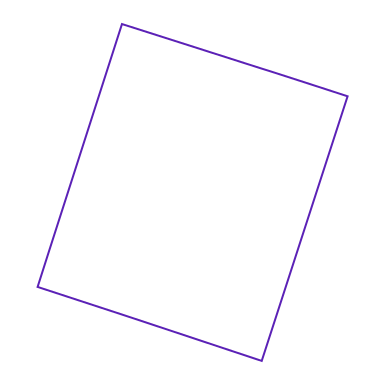 Sherman, Kansas, United States of America (Mercator projection), rotated 108°
{"feature_id": "52423323B41294654491036", "entity_name": "Sherman", "entity_type": "district", "adm_level": 2, "iso_a3": "USA", "parent_name": "United States of America", "parent_adm1": "Kansas", "projection": "mercator", "projection_center": [-101.862, 39.351], "detail": "fine", "context": "isolated", "style": "outline", "palette": "violet", "viewbox_px": 384, "rotation_deg": 108, "n_neighbors": 0, "source": "geoboundaries", "source_scale": "gbopen_adm2", "svg_char_len": 352}
<svg xmlns="http://www.w3.org/2000/svg" viewBox="0 0 384 384"><g transform="rotate(108 192 192)"><path d="M52.9,73.6L52.9,89.5L52.9,90.8L52.9,107.4L53.0,152.6L53.0,155.4L53.1,163.4L53.2,179.7L53.4,218.1L53.9,308.4L53.9,310.5L293.6,309.7L330.0,309.5L330.2,215.0L331.1,73.5L320.7,73.5L52.9,73.6Z" fill="none" stroke="#5b21b6" stroke-width="2"/></g></svg>